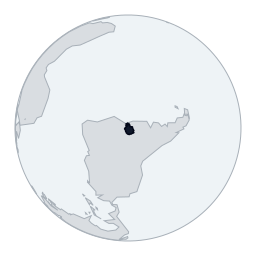 the Earth from above Paraná, rotated 235°
{"feature_id": "BRA-613", "entity_name": "Paraná", "entity_type": "State", "adm_level": 1, "iso_a3": "BRA", "parent_name": "Brazil", "parent_adm1": "", "projection": "orthographic", "projection_center": [-50.532, -24.613], "detail": "fine", "context": "on_globe", "style": "filled", "palette": "ink", "viewbox_px": 256, "rotation_deg": 235, "n_neighbors": 0, "source": "natural_earth", "source_scale": "10m", "svg_char_len": 6197}
<svg xmlns="http://www.w3.org/2000/svg" viewBox="0 0 256 256"><g transform="rotate(235 128 128)"><circle cx="128" cy="128" r="113" fill="#eef3f6" stroke="#a8b0b8"/><path d="M87.4,22.9L87.2,23.0L94.1,21.2L92.7,22.0L93.4,22.6L95.8,21.5L96.1,20.8L100.8,19.3L100.6,18.9L102.5,18.4L103.8,18.0L107.4,17.3L110.2,16.9L109.3,17.4L110.5,17.3L114.5,16.5L115.8,17.3L121.9,18.0L121.8,18.5L116.1,19.7L108.3,20.4L100.9,23.3L109.6,20.8L109.2,22.5L110.8,22.7L113.1,22.4L114.7,21.6L115.4,22.2L107.1,24.6L106.3,24.0L109.0,23.2L105.3,23.7L99.7,25.9L100.0,26.9L91.3,30.1L91.4,30.9L89.5,32.3L90.0,30.6L89.0,33.9L78.8,40.2L77.3,47.6L74.6,42.9L71.1,43.4L66.6,45.1L66.3,46.2L60.9,47.6L55.0,52.4L51.4,59.5L52.1,63.8L58.3,61.3L60.8,57.6L65.7,55.3L60.7,64.6L69.0,63.0L67.4,69.8L69.6,72.6L74.1,70.5L78.7,71.0L82.4,66.4L88.2,63.2L87.8,68.7L91.4,63.2L94.4,65.3L106.2,63.8L105.2,65.1L115.1,71.0L126.5,73.7L129.1,78.0L127.7,80.7L131.8,81.5L131.8,83.3L148.6,87.1L157.6,92.7L157.6,99.3L150.5,106.4L145.4,123.3L133.1,128.6L130.8,136.0L122.7,147.2L115.2,146.6L118.2,152.2L114.7,155.9L110.0,156.4L110.0,160.6L106.6,161.0L109.4,163.6L105.3,169.6L108.0,174.1L105.3,179.1L107.2,181.8L105.7,181.9L104.4,183.1L104.7,184.7L99.5,182.8L96.5,176.8L97.2,173.5L95.2,173.3L96.6,164.9L94.9,166.9L92.8,155.4L94.1,145.9L92.4,121.0L89.6,116.7L81.1,112.9L70.8,98.8L73.0,91.9L71.0,89.4L77.7,79.3L76.3,72.1L74.0,71.6L71.5,75.0L64.2,72.5L62.1,68.0L42.6,69.0L41.3,67.7L42.4,63.9L41.8,56.7L39.3,65.4L38.0,64.9L38.0,62.5L39.4,60.7L41.2,56.6L40.8,56.7L41.6,55.7L47.1,49.6L52.9,44.0L59.2,38.8L65.8,34.1L72.7,29.9L79.9,26.1L87.4,22.9ZM76.1,50.5L85.6,52.2L79.5,54.0L80.8,53.0L78.5,51.9L74.0,51.6L68.9,53.9L76.1,50.5ZM81.8,44.9L80.1,45.0L81.9,44.6L81.8,44.9ZM101.7,18.5L102.7,18.2L102.0,18.4L101.7,18.5ZM108.7,187.3L100.2,183.7L104.8,185.2L106.8,182.3L111.7,185.3L108.7,187.3ZM115.1,180.1L118.1,178.5L119.2,179.3L117.4,180.5L115.1,180.1ZM199.8,41.2L200.2,41.5L202.0,43.1L207.5,48.2L209.5,50.3L206.7,47.5L197.3,39.3L194.3,37.7L195.5,41.8L192.7,41.1L187.9,38.5L182.2,32.3L189.3,34.8L187.3,33.1L181.4,29.5L184.1,30.8L182.6,29.8L184.8,30.8L184.0,30.3L192.1,35.4L199.8,41.2ZM240.5,134.4L240.3,136.1L238.6,147.9L236.2,156.9L233.6,159.1L230.6,166.9L228.7,167.4L226.4,171.5L223.1,174.4L218.8,176.0L215.0,171.5L217.4,167.3L219.4,157.5L223.4,136.4L227.2,129.4L227.9,122.7L224.9,106.1L225.7,99.3L224.2,95.4L221.6,94.5L219.6,90.0L217.7,88.9L204.0,85.8L198.1,79.5L187.2,63.9L188.5,59.4L185.8,53.6L192.2,41.1L196.8,43.5L205.6,47.2L207.3,48.7L209.8,52.1L219.2,62.3L218.0,60.3L218.7,61.2L223.5,68.3L227.8,75.9L231.6,83.7L234.7,91.8L237.1,100.1L238.9,108.6L240.1,117.1L240.6,125.8L240.5,134.4ZM193.8,48.0L194.6,49.5L193.8,48.0ZM106.6,63.7L108.0,64.6L106.0,64.8L106.6,63.7ZM78.4,56.2L80.5,55.8L81.6,56.3L79.8,56.9L78.4,56.2ZM97.5,52.8L100.2,52.9L97.3,53.7L97.5,52.8ZM87.2,52.4L95.4,53.0L89.8,55.3L84.6,55.1L88.4,54.0L87.2,52.4ZM80.1,47.7L81.4,47.7L80.8,48.6L80.1,47.7ZM83.1,44.6L82.5,44.8L82.1,44.3L83.1,44.6ZM109.7,22.4L110.4,22.2L112.6,22.1L111.3,22.5L109.7,22.4ZM123.8,20.3L124.6,21.4L123.1,20.7L121.5,21.3L116.3,20.9L121.5,18.7L120.1,19.7L123.8,20.3ZM110.9,20.3L113.6,20.5L110.5,20.4L110.9,20.3ZM171.9,24.4L174.1,25.3L175.3,26.0L173.3,25.5L171.4,24.4L171.9,24.4ZM175.5,25.8L181.9,29.1L183.5,30.0L178.8,28.0L179.5,28.0L177.3,27.0L176.9,26.6L172.0,24.3L175.5,25.8ZM115.1,16.1L115.7,16.1L112.4,16.5L113.7,16.4L110.0,16.8L115.1,16.1ZM136.4,15.7L134.9,15.7L135.0,16.0L130.2,15.7L127.0,15.4L126.2,15.4L136.4,15.7ZM207.0,48.1L207.9,48.9L208.9,49.7L210.4,51.4L207.0,48.1ZM200.7,42.5L201.2,42.7L203.8,45.2L202.8,44.6L200.7,42.5ZM199.3,41.0L201.0,42.6L199.5,41.3L199.3,41.0ZM192.8,220.1L190.6,221.7L191.5,221.0L192.8,220.1ZM232.5,169.9L229.2,176.8L229.8,174.6L232.2,169.3L235.8,160.5L235.9,160.4L232.5,169.9Z" fill="#d9dde1" stroke="#a8b0b8" stroke-width="1"/><path d="M121.2,128.4L121.2,128.1L121.2,127.9L121.3,127.7L121.3,127.4L121.2,127.3L121.2,127.2L121.3,127.0L121.4,126.9L121.5,126.9L121.6,126.7L121.7,126.4L121.7,126.2L121.8,125.9L121.8,125.7L122.0,125.7L122.4,125.1L122.4,124.9L122.5,124.7L123.2,124.3L123.3,124.3L123.5,124.1L123.8,124.1L124.1,124.1L124.3,124.0L124.5,124.1L124.8,124.1L125.0,124.1L125.1,123.9L125.4,124.0L125.6,124.1L125.8,124.1L126.0,124.2L126.3,124.2L126.5,124.1L126.8,124.3L127.0,124.4L127.4,124.5L127.5,124.6L127.8,124.7L128.0,124.7L128.3,124.7L128.5,124.7L128.9,124.7L129.0,124.7L129.0,124.8L129.3,125.0L129.5,125.1L129.6,125.3L129.7,125.6L129.6,125.8L129.6,126.0L129.8,126.2L129.7,126.5L129.8,126.7L129.9,126.8L130.0,126.9L130.0,127.0L130.2,127.3L130.3,127.5L130.2,127.7L130.3,127.7L130.2,127.8L130.2,128.0L130.4,128.2L130.5,128.1L130.8,128.1L131.0,128.1L131.3,128.2L131.5,128.2L131.6,128.3L131.6,128.5L131.5,128.8L131.6,129.0L131.6,128.9L131.8,128.7L131.9,128.8L132.0,128.8L132.2,129.1L132.3,129.3L132.4,129.2L132.4,129.3L132.2,129.5L132.1,129.4L132.3,129.3L132.2,129.4L132.0,129.5L131.9,129.5L131.9,129.4L131.9,129.2L131.9,129.3L131.7,129.3L131.6,129.5L131.8,129.6L131.7,129.6L131.4,129.7L131.2,129.5L131.3,129.6L131.2,129.7L131.2,129.8L131.4,129.8L131.5,129.8L131.8,129.9L131.7,130.0L131.6,130.3L131.4,130.4L131.5,130.4L131.4,130.4L131.5,130.5L131.4,130.5L131.3,130.4L131.2,130.5L131.5,130.5L131.4,130.7L130.9,130.7L130.8,130.8L130.7,130.8L130.6,130.7L130.6,130.8L130.5,130.7L130.5,130.8L130.3,130.8L130.2,130.9L130.0,131.0L129.9,131.1L129.7,131.2L129.4,131.0L129.3,130.9L129.1,130.8L128.9,130.8L128.6,130.8L128.4,130.8L128.2,130.8L127.9,130.7L127.9,130.8L128.0,130.8L127.8,130.8L127.7,131.0L127.4,131.2L127.3,131.3L127.3,131.2L127.2,131.3L127.2,131.2L126.9,131.3L126.7,131.4L126.7,131.5L126.8,131.8L126.7,132.0L126.4,132.1L126.3,131.9L126.1,131.9L125.9,131.9L125.6,131.9L125.4,131.9L125.2,131.8L125.2,131.7L124.9,131.6L124.7,131.6L124.3,131.5L124.2,131.5L124.0,131.4L123.8,131.5L123.7,131.5L123.2,131.3L122.8,131.4L122.7,131.4L122.5,131.2L122.4,131.0L122.3,130.8L122.2,130.7L122.1,130.4L122.1,130.2L121.9,130.1L121.8,129.9L121.8,130.0L121.7,129.9L121.7,130.0L121.6,129.9L121.5,130.0L121.4,130.0L121.3,129.9L121.2,130.0L120.9,130.1L120.8,129.9L120.8,129.7L120.9,129.4L121.0,129.3L121.1,129.2L121.0,128.9L121.1,128.5L121.2,128.4ZM131.9,129.5L132.0,129.5L132.0,129.8L131.9,129.7L131.9,129.5Z" fill="#0f172a" stroke="#020617" stroke-width="1.5"/></g></svg>